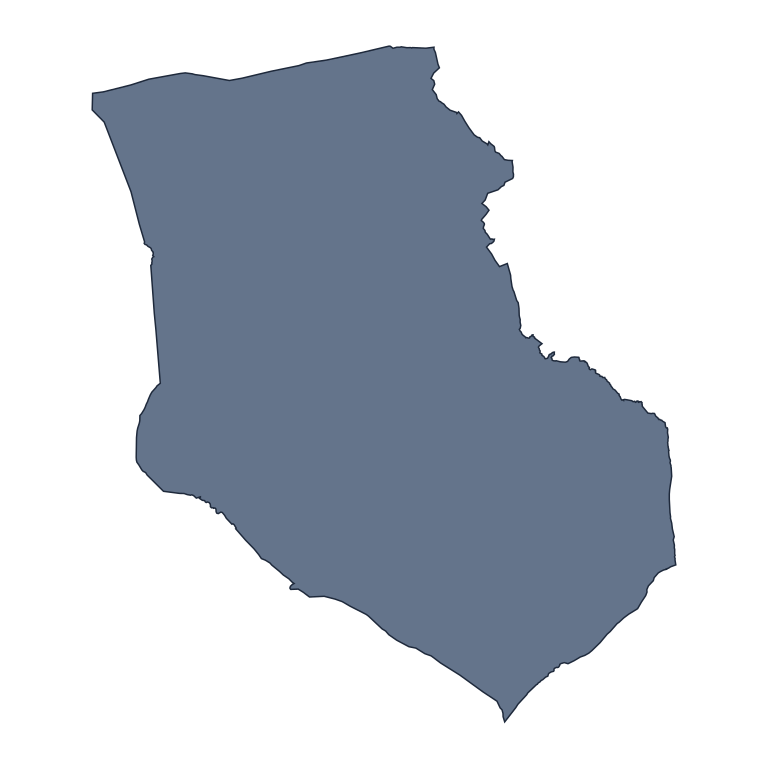 Krødsherad nor, Buskerud, Norway (orthographic projection)
{"feature_id": "86288312B702333415323", "entity_name": "Krødsherad nor", "entity_type": "district", "adm_level": 2, "iso_a3": "NOR", "parent_name": "Norway", "parent_adm1": "Buskerud", "projection": "orthographic", "projection_center": [9.773, 60.192], "detail": "fine", "context": "isolated", "style": "filled", "palette": "slate", "viewbox_px": 768, "rotation_deg": 0, "n_neighbors": 0, "source": "geoboundaries", "source_scale": "gbopen_adm2", "svg_char_len": 6077}
<svg xmlns="http://www.w3.org/2000/svg" viewBox="0 0 768 768"><path d="M92.6,93.3L92.2,109.9L104.2,122.1L131.0,191.7L139.4,224.5L144.6,241.9L144.2,243.4L145.0,244.4L146.6,244.9L147.9,246.3L150.5,247.8L151.3,248.8L151.4,249.8L151.7,250.4L153.2,252.2L153.0,252.7L153.3,253.3L153.2,254.4L152.7,255.3L153.7,256.6L153.2,256.7L151.9,258.7L151.8,259.3L152.2,260.9L151.8,262.7L151.9,264.1L150.8,265.4L154.3,313.4L155.9,329.8L160.3,383.3L157.0,385.9L156.0,387.5L151.8,392.2L150.3,394.9L148.4,399.3L147.6,401.6L146.3,404.2L145.2,407.2L144.0,409.7L141.5,413.7L139.9,415.5L139.8,420.7L139.3,423.2L137.7,428.2L137.1,431.1L136.5,437.6L136.2,457.3L136.4,460.2L136.9,462.2L138.9,465.0L141.8,469.9L143.3,471.5L144.3,471.8L145.8,472.8L147.1,475.0L163.5,491.3L179.6,493.4L184.1,493.5L187.2,494.6L190.6,495.2L191.7,494.8L193.5,495.5L196.3,498.1L200.4,496.8L200.4,497.2L199.5,498.4L202.3,500.3L204.6,500.6L205.3,501.9L206.2,502.5L207.3,502.0L209.2,502.6L210.2,504.0L210.5,506.0L210.4,506.7L211.5,507.8L213.3,507.8L213.6,508.3L214.8,508.0L215.5,508.4L216.0,509.3L216.1,511.7L216.7,513.1L218.2,513.6L220.9,512.1L222.3,512.5L224.6,515.3L226.4,518.4L231.9,524.2L232.8,523.8L234.0,524.5L236.1,528.0L236.1,528.5L235.7,528.8L245.6,540.2L253.9,548.7L258.7,554.6L261.4,558.6L265.2,560.1L270.0,563.0L271.8,565.1L279.6,571.5L283.3,575.0L288.9,578.8L292.2,582.2L294.1,583.5L292.4,584.4L290.5,586.2L290.0,587.5L290.0,588.4L290.7,589.4L298.2,589.1L303.0,592.1L309.5,597.0L324.2,596.3L335.1,599.1L342.2,601.6L350.3,606.3L366.2,614.4L368.5,616.1L382.1,628.9L385.6,631.0L388.8,634.7L396.7,640.2L408.9,646.7L415.9,648.1L424.9,653.7L431.2,655.9L440.6,663.0L460.0,675.2L482.7,691.7L497.0,701.2L500.2,708.0L502.0,709.8L503.0,713.4L503.1,716.7L504.7,721.9L515.8,707.6L517.8,704.4L526.8,694.6L527.6,693.1L536.6,684.5L537.3,684.3L538.2,683.0L540.2,681.7L541.0,680.6L542.7,679.7L545.6,677.1L547.8,676.2L548.5,673.8L549.2,673.1L551.3,671.9L553.6,671.3L554.0,670.5L554.0,669.1L554.4,668.4L556.4,667.4L557.7,667.5L558.6,667.1L559.7,665.4L559.8,664.4L560.9,663.6L564.3,662.6L568.0,663.7L574.1,660.7L580.3,657.0L584.8,655.4L588.9,653.1L592.1,650.4L600.2,642.5L607.1,634.2L610.2,631.5L617.2,623.5L619.0,622.3L623.6,618.0L628.8,614.1L637.6,608.7L641.4,602.1L645.7,595.6L647.0,592.1L646.8,589.7L648.4,585.9L653.3,580.7L654.2,577.6L658.3,572.9L660.6,571.5L663.6,570.0L666.4,569.3L666.2,569.0L668.6,568.1L670.6,566.8L675.8,564.9L675.0,559.9L675.1,558.5L674.5,556.9L675.1,555.3L674.7,554.2L674.7,549.2L674.3,548.0L674.4,545.1L673.3,540.3L673.3,539.7L674.2,536.7L672.4,529.0L671.7,523.1L670.4,518.1L670.6,516.9L670.0,512.7L669.3,499.4L669.3,494.0L669.7,489.3L671.7,476.3L671.2,467.7L670.9,466.3L671.0,465.7L670.0,462.7L670.4,461.2L670.3,460.0L669.5,458.2L669.0,456.1L668.6,451.5L669.0,450.4L668.5,449.9L668.7,449.5L668.1,446.9L668.2,446.4L667.9,445.7L667.8,443.6L667.6,442.7L668.0,440.9L667.9,439.7L668.3,437.3L667.5,432.9L667.7,429.2L667.3,427.9L666.5,428.0L665.6,426.8L665.0,422.6L662.4,421.1L661.7,420.2L660.5,420.1L659.8,419.4L658.9,419.5L658.7,418.9L658.2,418.7L658.0,418.0L655.8,416.2L654.5,413.5L652.8,413.3L651.3,413.6L647.9,413.1L642.3,406.3L642.2,404.6L641.9,404.0L642.1,402.8L641.1,401.6L640.1,401.9L639.5,401.7L638.8,402.4L638.4,402.3L638.1,401.1L637.0,401.0L636.4,401.8L635.4,402.3L634.7,401.3L633.1,401.7L631.8,400.7L625.9,399.6L624.5,399.4L623.8,399.8L623.7,400.3L623.2,399.7L622.0,400.2L620.9,398.9L620.2,396.8L619.2,395.6L619.1,394.1L617.6,393.2L615.2,390.2L612.9,388.8L612.2,387.5L611.1,386.3L610.7,385.1L609.7,384.1L609.6,383.2L607.1,381.1L606.5,379.7L605.7,379.2L605.0,378.3L604.8,377.5L602.7,377.5L601.9,376.4L600.0,376.3L599.9,375.4L599.0,374.5L595.8,373.2L595.5,372.8L595.7,371.8L595.3,371.0L595.6,370.3L595.0,369.8L591.9,368.9L590.4,369.7L589.5,369.3L589.1,368.7L589.4,367.5L588.2,366.2L587.3,363.6L586.6,362.5L585.7,362.1L585.4,361.5L584.5,361.7L584.1,360.8L580.1,361.1L579.6,360.5L579.7,359.6L579.1,358.8L579.0,357.6L578.8,357.3L574.4,357.0L571.3,357.4L569.3,359.0L567.6,361.4L565.4,362.2L560.4,361.8L556.0,360.7L555.4,361.0L553.3,360.7L552.2,360.2L551.9,358.5L551.2,357.7L551.6,357.3L551.6,356.7L551.9,356.3L553.2,355.8L554.4,354.3L554.2,352.9L554.4,352.1L554.2,352.0L552.3,352.6L551.5,353.6L549.4,354.5L548.9,355.2L548.8,355.9L547.5,358.3L545.2,358.8L544.8,358.4L544.5,357.4L543.6,356.3L542.0,355.4L541.9,354.1L539.8,352.8L540.1,351.9L540.1,350.8L539.5,350.2L539.3,348.9L538.4,347.1L539.2,345.9L542.0,343.7L534.6,338.1L534.7,337.5L534.4,337.0L533.1,336.5L533.0,336.0L533.1,334.9L532.1,334.9L531.0,336.4L529.9,336.8L529.5,338.0L528.8,338.2L526.5,337.5L525.8,337.8L525.4,337.1L522.2,334.5L521.0,331.8L520.1,331.0L519.3,329.3L520.2,328.3L520.8,325.5L520.1,322.2L520.2,319.5L519.5,317.0L519.2,315.3L519.0,308.4L518.2,302.7L516.7,300.5L513.9,291.5L513.1,290.1L512.0,286.5L510.8,278.4L510.6,275.2L507.3,263.5L499.5,266.6L495.0,260.3L491.6,254.0L486.5,247.1L489.7,243.7L491.1,243.6L492.6,242.6L493.9,241.2L494.4,239.2L492.4,239.4L492.0,238.9L490.4,239.2L487.1,234.1L485.3,232.3L484.9,230.4L483.3,228.5L483.5,226.8L484.4,224.5L484.3,223.5L483.4,222.3L481.3,220.5L481.8,219.3L486.2,214.2L489.0,210.2L486.1,206.7L481.9,203.5L485.2,200.0L487.7,193.3L498.0,189.8L501.4,186.6L503.9,185.4L505.0,182.2L512.6,178.5L513.4,176.8L513.5,174.2L512.9,171.9L513.0,167.1L512.1,161.7L512.4,160.5L508.1,160.3L504.4,159.6L501.9,156.3L501.0,155.7L499.1,153.4L495.6,152.1L494.9,150.8L494.5,147.4L494.1,146.4L490.7,143.7L488.9,141.7L487.8,144.9L487.2,144.0L482.2,141.0L479.7,137.7L477.6,137.3L474.1,134.8L468.9,127.7L464.8,121.2L461.5,115.3L458.5,111.9L456.9,113.6L456.4,112.4L450.1,110.2L446.0,106.9L444.0,104.2L441.3,102.5L440.6,101.7L439.1,101.2L437.2,98.7L436.2,94.6L432.3,89.6L434.7,84.2L433.8,80.6L431.0,78.4L433.7,73.1L439.4,67.8L438.0,64.3L435.4,52.5L433.9,49.2L434.0,47.2L425.9,48.2L412.4,47.6L411.8,48.0L410.7,47.6L406.9,47.7L401.2,46.8L400.1,47.2L396.9,47.2L393.0,48.3L390.4,46.3L389.1,46.1L359.4,53.1L326.4,60.1L306.4,63.0L298.9,65.6L271.4,71.2L242.1,78.2L229.4,80.5L203.2,75.7L195.0,74.6L192.2,73.8L185.3,72.9L180.2,73.5L148.8,79.2L130.7,85.0L103.2,91.9L92.6,93.3Z" fill="#64748b" stroke="#1e293b" stroke-width="1.5"/></svg>